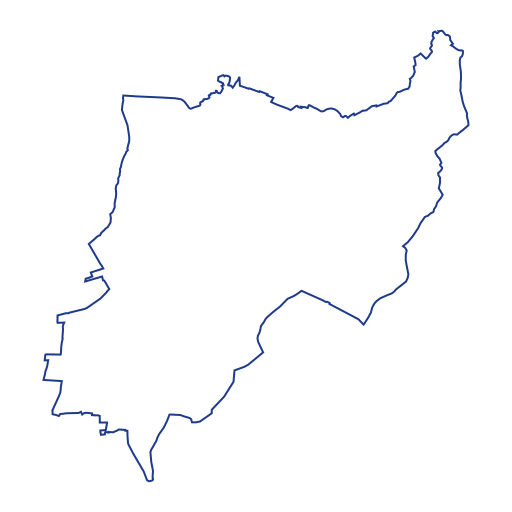 Stalpeni, Arges, Romania
{"feature_id": "2599482B83298907900991", "entity_name": "Stalpeni", "entity_type": "district", "adm_level": 2, "iso_a3": "ROU", "parent_name": "Romania", "parent_adm1": "Arges", "projection": "natural_earth1", "projection_center": [25.0, 45.053], "detail": "fine", "context": "isolated", "style": "outline", "palette": "blue", "viewbox_px": 512, "rotation_deg": 0, "n_neighbors": 0, "source": "geoboundaries", "source_scale": "gbopen_adm2", "svg_char_len": 5900}
<svg xmlns="http://www.w3.org/2000/svg" viewBox="0 0 512 512"><path d="M363.6,324.6L364.2,323.8L368.2,317.6L370.8,312.8L372.3,307.3L373.7,304.7L375.0,302.7L377.2,300.6L380.4,298.2L388.1,294.8L390.4,294.0L392.4,293.0L394.4,291.4L395.9,289.5L406.0,281.6L407.6,278.2L408.4,274.4L406.5,264.8L405.7,259.9L405.8,254.3L406.7,250.7L405.4,248.1L403.0,246.2L407.8,242.2L412.9,236.0L418.3,227.9L420.4,223.4L424.9,216.9L428.0,215.7L430.4,213.5L433.4,212.0L434.1,209.1L435.9,206.5L437.3,202.4L440.8,198.1L442.7,194.8L438.8,188.3L440.0,182.9L440.0,177.5L438.5,175.5L438.1,173.1L440.0,171.5L441.6,169.6L442.2,167.9L441.8,167.2L440.5,165.8L440.0,164.7L441.4,162.9L439.6,158.7L437.3,156.1L435.6,153.1L435.3,151.1L437.2,149.4L442.6,145.1L444.4,143.0L446.7,141.8L448.5,139.9L449.3,138.0L450.7,136.3L452.4,134.9L453.9,134.3L457.2,134.6L459.0,133.0L462.8,130.1L468.5,125.1L468.2,121.4L467.3,118.3L466.9,115.5L467.0,113.2L464.0,106.0L462.6,101.5L461.6,96.0L460.3,90.4L460.6,87.7L460.6,82.6L461.0,79.2L461.0,75.2L460.8,71.1L459.8,64.4L459.8,60.4L460.4,57.6L462.2,55.9L462.9,53.6L462.9,50.9L461.9,50.4L459.0,50.3L457.8,49.8L455.9,48.6L452.5,46.0L451.0,45.3L452.9,43.8L450.3,40.1L449.9,36.5L447.9,35.0L446.5,35.1L445.2,34.4L442.9,31.4L441.8,30.7L439.7,31.1L438.5,31.1L438.8,31.7L438.6,32.3L437.4,33.2L436.9,33.1L436.4,32.7L435.3,31.6L434.6,31.8L433.1,32.7L433.2,33.7L432.8,34.4L432.7,36.5L433.5,37.3L433.9,38.0L433.7,38.5L432.9,39.3L431.5,41.9L431.4,43.1L431.2,43.5L431.3,44.0L432.0,45.1L431.9,45.6L430.1,48.2L430.1,48.7L430.7,49.6L431.6,50.5L432.0,51.8L431.8,52.2L430.5,53.6L428.2,56.9L426.0,58.7L420.6,53.5L417.7,55.9L414.2,57.5L415.4,63.0L415.6,65.1L413.7,66.5L414.8,72.0L413.5,74.8L413.2,75.9L411.7,77.2L411.4,77.8L409.8,78.9L410.4,80.6L410.4,81.7L409.9,83.3L409.7,86.2L408.2,88.7L404.4,89.6L399.8,91.8L397.8,92.1L396.8,92.9L395.4,95.5L390.7,101.0L388.9,101.7L387.7,103.2L383.5,103.8L376.5,106.5L376.3,105.4L371.9,106.2L366.3,110.3L363.9,110.7L362.7,110.6L359.9,112.4L354.4,115.2L353.8,113.6L350.0,115.9L347.9,117.8L346.2,116.2L345.1,115.9L343.0,117.3L341.1,116.1L340.2,114.0L337.6,111.2L334.7,109.3L331.7,108.5L330.6,108.5L328.2,108.9L326.9,109.3L325.4,110.0L323.9,111.1L322.4,111.4L321.0,111.3L316.8,108.8L313.5,107.4L309.5,105.2L308.9,105.2L308.2,106.3L308.0,107.8L307.5,108.0L306.5,107.6L305.2,107.2L302.4,107.0L300.9,106.7L301.2,107.9L298.1,107.1L297.9,106.3L297.1,105.8L296.1,106.0L292.6,108.8L290.6,110.1L287.7,108.6L277.1,104.7L271.1,102.0L273.4,97.9L267.0,95.3L267.6,94.3L259.7,91.2L259.3,92.0L249.1,88.3L248.6,88.7L239.9,85.7L239.4,76.8L237.8,80.4L236.3,82.1L235.3,83.5L234.6,85.0L232.7,87.7L230.9,85.6L228.2,85.3L228.2,84.4L229.2,83.0L229.6,81.5L230.1,78.5L230.0,77.4L229.4,76.6L226.8,75.7L225.5,75.7L224.4,76.4L223.9,75.5L223.2,75.1L218.4,77.1L218.0,80.7L219.9,81.9L220.6,81.9L221.2,82.2L221.6,82.8L222.4,82.9L223.0,83.3L223.5,84.8L222.8,84.8L222.5,85.6L221.9,85.9L222.3,86.1L222.6,86.5L222.4,87.4L222.9,88.4L222.4,89.6L221.0,92.1L220.0,93.3L218.4,93.1L217.4,92.4L216.6,92.2L216.9,91.7L216.9,91.1L216.5,90.8L216.0,90.8L216.2,91.4L216.0,92.1L215.5,92.5L214.8,92.9L213.7,92.8L212.5,93.3L211.3,93.3L210.8,93.6L210.5,94.8L210.3,94.9L209.6,94.8L208.8,95.5L209.5,97.3L209.1,97.9L208.6,98.4L207.7,98.6L206.9,99.0L203.9,99.2L203.7,99.4L203.9,99.8L202.9,100.6L202.8,101.3L201.2,101.9L200.3,102.4L200.1,103.0L200.4,104.5L199.7,105.7L194.3,107.3L191.2,108.6L190.4,108.7L189.5,108.3L188.6,107.4L187.8,106.0L184.4,101.6L182.7,100.2L181.3,99.4L175.5,98.3L161.5,97.5L136.8,96.4L123.3,95.5L123.0,98.0L123.3,100.3L122.6,103.8L121.9,109.9L127.5,125.3L129.2,136.6L129.3,140.6L127.5,147.8L127.5,149.2L127.8,150.3L126.2,151.9L125.5,154.0L124.4,155.7L122.7,159.6L121.6,163.3L120.8,167.2L119.9,169.2L120.2,171.1L119.7,173.5L119.7,175.1L118.4,177.9L118.1,178.8L118.4,180.3L118.1,182.7L117.7,183.7L116.5,185.1L116.2,185.8L115.7,188.4L115.9,189.8L116.2,194.3L115.6,198.8L115.2,199.7L115.1,201.3L114.6,202.9L114.7,207.3L112.6,212.1L110.2,214.2L110.9,218.3L110.5,222.5L107.9,226.9L105.1,229.1L104.7,229.7L101.3,232.8L100.1,235.3L98.6,235.7L96.9,236.8L94.1,239.5L88.8,243.9L100.4,264.0L101.5,265.4L103.3,268.5L90.8,272.5L92.3,276.5L90.1,277.2L89.9,277.5L85.7,278.7L85.2,281.5L102.1,276.5L103.0,280.3L104.1,280.5L104.6,281.1L109.3,289.1L107.0,291.5L106.5,292.4L100.5,298.5L87.0,307.9L84.8,308.9L69.6,312.6L68.2,313.3L66.0,313.2L57.6,315.4L57.4,321.8L57.6,322.8L64.2,322.6L63.2,324.9L62.8,326.6L63.0,330.1L62.4,338.0L62.7,338.4L61.8,342.7L61.3,346.2L60.9,353.4L60.6,354.6L50.0,354.4L46.0,354.4L45.4,354.6L44.7,360.4L48.2,360.2L47.2,366.1L46.5,368.6L45.7,370.5L45.3,371.9L45.0,374.1L43.5,379.9L61.8,381.1L60.8,387.3L60.8,388.7L60.3,392.6L58.8,396.4L52.3,410.6L52.5,411.2L52.6,414.2L56.1,415.0L58.8,416.0L60.4,413.9L63.1,413.8L65.0,413.4L68.8,413.2L77.8,413.0L78.9,412.9L80.9,411.8L82.2,414.5L83.1,413.7L84.6,413.0L86.4,412.8L92.1,413.4L92.0,415.1L94.5,415.1L94.6,415.4L98.1,415.3L99.7,415.9L99.8,422.5L107.1,422.5L105.8,430.0L100.3,430.5L100.4,432.2L101.0,434.8L104.8,434.4L105.1,432.5L105.4,432.0L108.1,432.4L108.1,432.5L108.7,432.5L108.7,432.0L113.1,432.3L117.5,430.4L118.8,429.5L125.3,429.9L125.3,430.7L127.4,430.8L127.5,435.9L128.0,442.9L128.6,444.8L133.4,453.9L143.7,471.5L147.0,480.1L149.0,481.3L152.2,480.5L153.0,479.6L153.0,478.8L152.7,478.4L152.6,476.6L153.0,470.9L151.3,462.2L150.4,452.2L150.8,450.9L151.2,449.7L152.5,447.6L156.4,440.7L157.1,438.4L158.9,434.5L163.7,427.7L164.4,426.4L167.1,420.8L169.5,414.6L170.0,414.5L180.4,415.0L183.8,416.3L189.7,418.0L191.1,419.2L192.0,422.3L195.8,422.3L200.0,421.5L211.7,413.3L211.8,409.7L224.1,396.7L233.5,381.8L234.5,370.4L244.4,366.8L248.2,364.7L263.1,352.4L258.2,342.0L257.5,338.6L257.9,335.7L259.3,333.1L260.2,330.1L261.0,326.0L263.6,322.5L265.8,318.7L267.7,316.7L273.7,311.5L280.0,306.6L287.6,298.8L293.4,296.2L295.7,294.9L299.0,292.7L301.5,290.8L322.7,300.3L325.9,302.0L327.3,301.8L329.7,303.1L329.5,304.0L358.4,319.2L363.6,324.6Z" fill="none" stroke="#1e3a8a" stroke-width="2"/></svg>